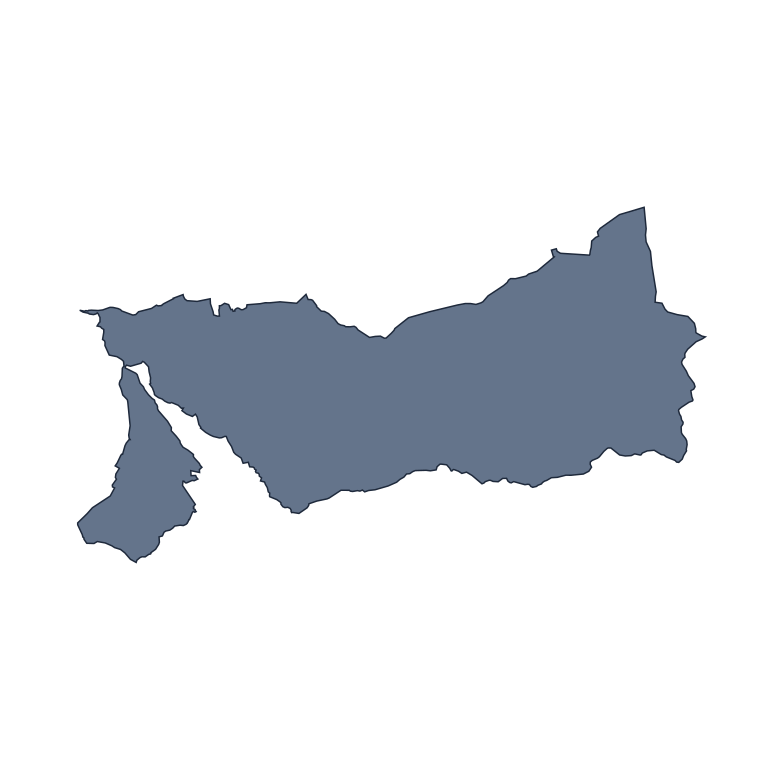 Lunca, Bihor, Romania (Robinson projection), rotated 188°
{"feature_id": "2599482B71226183129855", "entity_name": "Lunca", "entity_type": "district", "adm_level": 2, "iso_a3": "ROU", "parent_name": "Romania", "parent_adm1": "Bihor", "projection": "robinson", "projection_center": [22.434, 46.505], "detail": "fine", "context": "isolated", "style": "filled", "palette": "slate", "viewbox_px": 768, "rotation_deg": 188, "n_neighbors": 0, "source": "geoboundaries", "source_scale": "gbopen_adm2", "svg_char_len": 6121}
<svg xmlns="http://www.w3.org/2000/svg" viewBox="0 0 768 768"><g transform="rotate(188 384 384)"><path d="M695.6,414.7L692.0,413.3L686.6,412.9L685.6,412.3L681.3,412.3L679.0,413.3L677.8,414.5L677.0,414.0L674.5,410.3L673.9,405.9L674.4,405.5L676.2,401.5L672.7,401.2L671.4,400.0L669.1,399.0L668.7,396.2L668.9,388.9L666.8,387.9L666.0,386.2L665.7,383.2L660.1,374.4L652.2,373.9L647.4,371.8L645.1,370.2L644.0,365.7L645.3,363.2L644.5,355.0L644.7,352.5L645.7,350.8L646.2,348.1L646.0,346.4L643.4,342.0L641.2,336.8L636.0,332.7L635.2,330.5L629.6,307.3L629.7,297.9L628.8,294.8L627.7,293.6L628.8,293.3L631.0,289.6L631.9,286.8L633.1,278.0L634.0,278.0L634.7,276.7L637.2,268.7L638.8,265.5L634.3,263.7L637.0,257.6L637.0,254.1L635.7,252.5L639.0,246.1L638.5,244.3L636.3,243.6L639.5,235.0L655.5,220.9L659.9,214.3L668.0,203.8L667.7,201.9L661.8,192.8L660.9,190.5L659.9,190.0L659.4,188.4L656.2,184.9L649.0,185.7L646.0,188.1L637.9,187.8L631.0,185.9L628.0,184.5L621.9,183.5L617.1,180.7L610.7,175.1L604.6,172.8L604.2,175.1L601.5,178.1L599.7,179.2L596.4,179.6L593.2,182.6L591.5,183.2L591.2,183.8L591.4,184.5L587.2,188.5L584.8,193.8L584.4,196.1L585.5,201.3L582.3,202.7L581.2,206.6L579.7,208.0L575.7,209.5L573.2,211.8L571.5,214.2L566.3,215.8L563.0,215.9L560.5,217.5L559.4,218.8L559.5,219.4L558.9,220.1L558.4,222.6L557.8,222.6L555.9,230.1L555.1,231.2L553.5,230.7L552.3,231.5L553.5,232.7L553.6,233.4L555.3,234.1L555.1,235.2L555.7,235.7L554.1,238.5L569.4,255.5L569.5,259.8L568.6,259.9L566.9,258.5L565.7,258.6L560.6,261.8L558.5,261.8L555.1,264.0L556.8,265.5L557.8,267.2L562.3,266.4L563.3,271.3L554.3,270.7L554.9,273.5L552.7,276.2L554.7,277.9L555.8,279.6L561.7,284.5L562.7,285.7L562.9,287.7L568.9,291.2L574.2,293.4L576.0,295.3L577.6,297.3L578.2,299.2L582.5,303.4L588.2,308.1L588.5,311.3L593.2,317.0L603.5,326.0L604.8,327.8L605.1,330.0L606.0,331.7L608.0,333.5L609.1,336.2L611.6,337.4L615.8,340.6L620.4,345.3L621.8,347.7L625.7,350.9L629.7,358.9L631.3,360.1L642.5,363.9L642.6,365.1L641.6,366.8L637.5,366.3L627.4,370.8L626.1,372.8L624.4,372.2L619.6,368.3L618.3,363.4L616.0,357.6L615.8,354.0L615.2,352.1L616.1,351.3L612.8,347.9L610.4,343.5L609.9,341.8L609.0,340.9L605.4,339.1L601.5,338.2L598.7,336.5L595.4,335.4L593.2,335.3L591.8,336.1L584.8,334.3L581.3,331.8L579.3,332.2L580.4,329.5L575.5,326.8L569.2,325.2L566.5,327.9L564.4,325.4L561.6,318.0L559.3,315.6L559.6,314.8L553.9,311.3L549.1,309.3L545.7,308.3L539.5,307.7L537.3,308.2L534.3,310.0L532.9,310.1L530.4,305.7L526.3,300.9L523.3,295.5L521.3,293.8L515.1,290.8L512.5,285.9L507.5,287.6L505.5,283.3L502.2,283.5L500.9,283.0L500.3,281.7L498.7,281.0L499.1,279.6L498.3,278.4L495.9,278.1L495.0,277.1L494.7,275.5L492.2,274.0L492.8,270.8L488.6,270.3L487.6,268.3L485.1,265.1L483.6,261.1L482.0,260.1L481.8,257.3L481.5,256.5L474.1,254.6L470.6,252.8L469.6,252.1L469.3,250.6L467.1,248.4L464.9,247.8L462.1,248.5L459.6,247.7L458.3,246.0L458.4,245.2L457.6,243.8L456.4,244.1L450.2,244.0L442.9,250.7L441.7,253.2L441.7,254.9L434.3,258.7L424.4,262.3L422.4,263.5L411.8,272.8L403.6,273.9L402.4,273.2L400.1,273.2L395.5,274.7L392.9,274.6L390.6,276.0L388.1,274.5L384.4,276.4L378.2,278.0L365.7,283.6L357.8,288.5L355.0,291.7L351.3,294.6L349.2,298.0L346.0,298.8L343.4,301.2L341.0,302.6L330.3,304.4L326.0,304.5L320.4,306.2L319.9,309.5L317.5,312.3L316.5,312.6L310.7,312.7L307.2,309.7L305.4,307.3L304.7,307.3L303.5,308.9L302.7,309.0L298.1,308.0L294.5,306.3L290.0,308.2L284.1,305.7L273.1,298.8L271.2,299.9L270.1,301.4L266.5,303.3L264.9,303.4L262.5,302.7L257.3,303.1L253.4,307.0L249.5,307.6L247.8,305.1L245.9,304.0L244.3,303.8L242.0,305.4L230.4,303.9L227.8,304.7L226.0,304.7L224.3,303.0L222.4,302.4L218.7,303.8L217.5,305.1L214.1,307.0L213.4,308.4L211.6,310.1L209.4,311.2L205.2,314.5L199.3,315.7L191.2,319.0L186.0,319.7L174.0,322.6L169.0,326.1L166.9,330.5L168.7,333.3L168.8,335.5L167.2,337.3L162.2,340.3L160.6,341.9L156.9,347.9L154.1,351.2L153.0,351.9L150.4,352.2L140.8,346.5L135.1,346.3L129.2,347.5L126.0,349.7L120.5,349.3L119.6,349.6L118.6,351.6L114.0,354.4L107.2,356.0L99.6,352.7L96.9,352.6L94.3,351.1L85.1,348.8L83.4,347.4L81.2,347.4L78.2,351.1L77.3,354.9L75.1,359.9L75.6,361.3L75.4,366.1L76.3,369.7L77.7,371.9L81.6,375.6L82.7,377.2L83.8,383.0L82.4,386.0L82.5,387.8L84.3,389.8L85.5,393.3L87.1,395.2L88.6,398.5L88.5,399.8L86.4,402.2L79.3,408.5L76.2,410.1L75.8,411.2L77.5,414.5L79.2,420.1L76.6,422.0L75.6,424.6L77.1,427.8L83.8,434.6L86.4,438.8L91.6,444.9L92.4,447.2L91.4,450.3L89.7,452.3L90.3,455.3L90.1,456.6L88.1,460.7L80.8,469.3L75.2,472.9L72.4,475.4L75.9,475.7L81.9,478.0L82.4,478.7L83.0,482.1L85.1,487.3L92.5,493.2L103.3,493.5L113.1,494.8L116.2,497.3L120.0,502.7L126.9,502.7L127.4,508.7L127.3,513.1L135.2,538.6L138.6,552.4L144.2,561.2L145.8,567.9L146.0,574.2L151.0,595.2L174.4,584.5L191.6,568.2L193.8,564.3L192.1,560.3L194.8,558.6L198.2,554.5L197.8,548.0L198.2,545.2L198.2,540.8L198.5,540.2L227.4,538.0L231.0,539.5L232.2,541.9L236.8,539.9L234.1,533.9L233.1,533.6L248.1,517.0L256.1,513.0L258.2,510.7L268.4,506.6L273.3,506.0L275.1,504.2L276.1,501.7L279.4,498.0L293.2,485.8L297.4,479.3L299.2,477.9L304.0,475.6L309.4,475.7L314.7,475.0L322.4,472.4L348.9,461.9L369.0,453.0L381.0,440.4L381.5,438.6L383.8,435.3L388.3,429.8L390.0,429.4L394.2,430.9L399.3,429.9L404.8,428.1L417.2,433.9L419.6,436.2L421.6,437.0L425.6,435.9L430.0,435.4L431.4,436.2L435.1,436.4L437.9,437.4L441.9,441.3L448.7,446.0L453.2,447.6L456.2,447.4L461.5,451.2L461.6,452.2L466.4,457.0L468.1,457.4L470.9,457.1L473.7,461.9L481.7,451.8L498.4,450.9L508.5,448.5L513.0,447.9L517.7,446.3L530.7,443.4L530.8,440.4L534.0,438.0L535.8,437.7L538.4,438.8L539.9,438.8L541.6,437.4L542.1,436.4L541.8,435.6L543.6,435.0L544.5,436.8L545.9,436.3L548.9,441.0L553.1,441.7L556.4,438.9L557.9,438.6L557.5,435.8L557.8,434.3L556.4,428.4L558.4,428.0L562.3,428.7L563.3,431.8L567.0,439.2L568.0,444.2L580.5,439.8L590.7,439.1L593.1,440.5L594.8,442.9L595.4,444.6L604.6,439.6L604.3,439.2L613.0,433.1L614.7,431.6L615.0,430.8L618.5,429.9L620.3,430.4L624.7,426.5L637.1,421.4L639.5,418.2L642.3,417.3L653.8,419.8L655.4,421.0L657.8,421.7L663.0,422.1L666.0,421.8L672.9,418.2L677.3,417.0L684.0,416.4L686.8,415.8L687.5,415.1L689.4,415.2L690.9,414.4L695.6,414.7Z" fill="#64748b" stroke="#1e293b" stroke-width="1.5"/></g></svg>